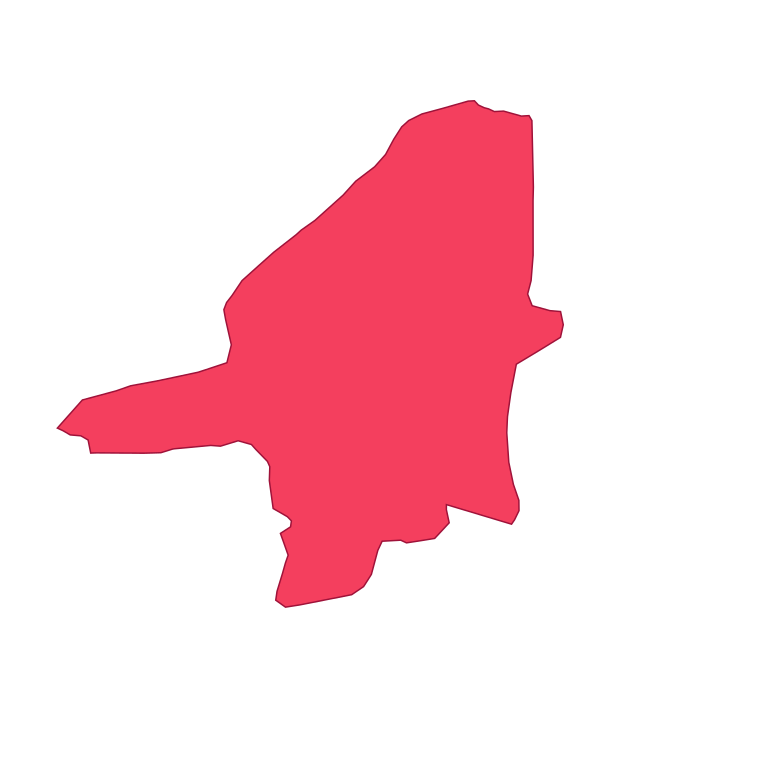 the district of Farshut, Qina, Egypt, rotated 231°
{"feature_id": "37247803B34364320668484", "entity_name": "Farshut", "entity_type": "district", "adm_level": 2, "iso_a3": "EGY", "parent_name": "Egypt", "parent_adm1": "Qina", "projection": "equal_earth", "projection_center": [32.162, 26.057], "detail": "fine", "context": "isolated", "style": "filled", "palette": "rose", "viewbox_px": 768, "rotation_deg": 231, "n_neighbors": 0, "source": "geoboundaries", "source_scale": "gbopen_adm2", "svg_char_len": 1719}
<svg xmlns="http://www.w3.org/2000/svg" viewBox="0 0 768 768"><g transform="rotate(231 384 384)"><path d="M194.8,394.9L196.3,400.0L200.6,409.2L208.7,415.6L224.6,421.4L244.6,431.7L268.8,448.7L278.2,457.0L281.0,459.5L297.4,477.1L316.1,499.3L311.8,530.3L309.2,550.5L317.2,560.6L329.2,566.8L336.6,559.1L351.6,548.4L363.5,552.2L371.8,563.4L390.2,580.9L432.8,615.3L443.0,624.0L495.6,664.7L501.3,665.6L505.8,659.3L508.3,657.6L513.3,654.0L520.8,648.7L526.3,641.2L532.0,638.4L535.7,635.7L541.4,632.9L547.2,632.5L550.9,627.4L556.1,615.2L561.3,603.0L570.0,583.4L573.2,569.0L572.7,559.6L568.1,545.7L561.4,529.7L558.7,513.4L559.4,489.7L556.5,471.0L556.4,468.6L554.9,439.1L554.6,433.3L555.7,416.7L555.3,409.6L555.8,381.2L554.9,362.4L553.7,338.8L548.4,321.6L546.4,313.0L542.6,306.4L540.9,305.4L533.8,301.5L524.1,296.7L511.9,290.7L510.5,290.0L499.4,275.3L503.8,263.6L507.2,254.6L510.1,247.0L517.9,231.7L518.6,230.3L529.4,209.2L542.0,186.1L546.2,174.4L547.2,171.6L561.4,139.6L561.0,137.0L555.3,102.4L549.6,105.2L541.9,108.1L534.5,115.8L526.7,118.8L514.9,112.6L511.2,117.5L508.4,120.9L504.8,125.3L497.4,134.3L493.7,138.8L486.6,147.5L485.5,148.8L481.4,153.8L476.1,160.7L471.0,167.4L468.6,173.4L466.5,178.7L465.6,180.3L463.2,183.9L458.7,190.6L445.3,210.7L438.6,217.8L431.7,234.9L420.4,242.9L413.9,243.2L397.2,244.7L391.6,243.2L381.1,234.1L357.0,219.5L343.0,224.9L341.7,225.4L335.9,225.9L331.8,221.5L333.1,209.5L324.8,206.6L311.3,201.8L307.1,195.0L300.8,186.1L290.2,170.4L284.1,163.8L272.6,167.0L265.4,179.4L240.6,226.3L239.4,240.6L241.9,248.2L244.0,254.4L258.6,274.5L263.0,283.6L252.1,298.7L246.4,301.5L239.2,313.8L232.1,326.2L235.1,347.3L247.1,353.4L251.0,356.6L194.8,394.9Z" fill="#f43f5e" stroke="#9f1239" stroke-width="1.5"/></g></svg>